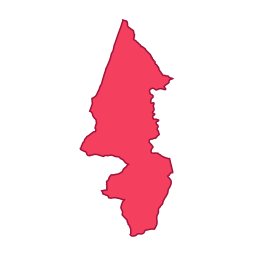 Itaúba, Mato Grosso, Brazil (Natural Earth projection), rotated 84°
{"feature_id": "56859067B4812959206421", "entity_name": "Itaúba", "entity_type": "district", "adm_level": 2, "iso_a3": "BRA", "parent_name": "Brazil", "parent_adm1": "Mato Grosso", "projection": "natural_earth1", "projection_center": [-55.553, -11.126], "detail": "fine", "context": "isolated", "style": "filled", "palette": "rose", "viewbox_px": 256, "rotation_deg": 84, "n_neighbors": 0, "source": "geoboundaries", "source_scale": "gbopen_adm2", "svg_char_len": 5872}
<svg xmlns="http://www.w3.org/2000/svg" viewBox="0 0 256 256"><g transform="rotate(84 128 128)"><path d="M234.3,137.0L234.6,136.7L235.3,136.3L235.8,135.4L236.0,134.4L235.9,132.6L235.8,131.8L235.5,131.2L234.5,129.8L234.3,129.1L234.3,128.3L234.7,126.7L234.8,126.0L234.7,125.0L234.2,123.6L233.7,123.0L231.8,121.8L231.5,121.3L231.4,119.9L231.2,118.2L230.9,115.1L231.0,114.1L231.4,112.5L231.1,112.1L229.1,110.7L227.8,109.9L226.7,109.4L225.8,109.1L223.7,108.9L220.6,108.9L219.5,108.7L218.8,108.5L217.8,108.1L215.9,106.9L215.4,106.6L212.1,106.2L211.2,106.0L210.4,104.9L209.9,104.4L208.7,103.5L207.6,102.1L206.8,101.5L204.2,100.5L201.9,99.0L199.9,97.3L197.0,95.4L195.1,94.8L194.3,94.7L193.7,94.5L192.8,94.0L191.2,92.7L188.7,91.3L186.8,90.7L185.3,90.7L184.4,90.9L182.2,92.2L180.7,93.4L180.1,93.5L179.7,93.2L179.3,92.1L178.9,91.7L178.0,91.1L177.4,90.4L177.1,89.5L177.0,88.8L177.1,88.3L175.9,88.1L174.3,88.4L169.2,89.0L168.4,89.2L164.6,89.6L162.7,89.9L162.7,91.1L162.2,92.0L161.7,93.3L161.4,94.1L160.0,96.5L159.2,97.7L158.3,98.5L157.6,99.6L157.2,100.1L156.6,100.5L156.2,100.9L156.1,101.4L155.7,104.1L155.7,105.3L155.5,106.8L154.6,107.4L153.9,107.5L153.4,107.5L152.0,107.1L151.3,106.7L150.0,105.3L149.5,105.2L148.8,105.3L147.8,106.1L147.0,106.4L145.8,107.5L144.7,108.2L144.0,108.4L143.1,108.3L142.4,108.2L141.9,107.8L141.6,107.2L141.5,106.5L141.5,105.7L141.5,104.9L140.9,103.0L141.0,102.1L140.9,101.5L140.6,101.0L140.1,100.5L139.0,99.6L137.9,97.8L137.5,97.6L136.4,97.8L135.8,98.0L135.0,98.2L134.3,98.1L133.7,98.5L133.2,98.9L132.7,99.1L131.9,99.1L131.2,98.9L130.3,98.1L129.8,97.9L128.5,98.0L127.8,98.6L127.5,99.2L127.1,99.4L125.7,99.5L124.8,99.0L124.4,98.3L124.4,97.6L124.1,97.0L123.4,96.7L123.0,97.1L122.8,97.8L122.2,99.1L122.0,100.7L121.8,101.5L121.2,102.1L118.7,102.2L118.3,102.0L118.0,101.3L117.8,100.5L117.2,100.0L116.8,100.1L115.4,102.0L114.8,102.1L113.7,100.8L113.2,100.4L112.8,100.3L111.5,100.1L109.0,100.6L108.4,100.5L107.0,99.7L106.0,99.6L105.5,99.9L105.5,100.6L105.9,101.6L105.7,102.3L105.2,102.7L104.4,102.8L103.3,102.3L102.0,102.1L101.3,101.8L100.9,101.2L100.5,100.4L99.9,99.9L99.3,99.7L98.8,99.7L98.3,99.9L97.8,100.3L96.6,102.0L96.2,102.3L94.2,102.7L92.9,102.7L92.3,102.3L91.8,101.6L91.0,99.9L91.0,99.3L91.4,98.2L92.8,96.5L93.1,96.0L93.1,95.4L92.3,93.2L92.2,92.1L92.3,91.2L92.9,89.4L93.2,88.5L93.8,87.3L93.6,86.7L93.0,86.4L92.3,86.8L91.2,87.6L90.7,87.7L90.2,87.4L89.3,86.3L87.6,83.2L87.2,82.7L86.7,82.4L85.5,82.3L85.0,82.0L84.5,81.4L84.2,80.8L83.6,78.4L83.2,78.9L83.1,79.4L82.7,80.1L82.6,80.9L82.3,81.4L81.5,82.0L80.8,82.4L80.4,83.2L80.4,83.8L80.2,84.7L79.5,85.9L79.5,86.9L79.2,87.6L78.9,88.0L78.1,88.3L76.6,89.3L75.7,89.6L75.0,90.2L72.9,91.1L72.3,91.1L71.7,91.1L71.1,91.4L70.4,91.6L70.2,92.1L69.8,92.4L69.1,92.4L68.1,93.0L67.7,93.4L67.4,94.0L66.5,94.4L65.6,94.2L64.9,94.3L63.4,95.5L62.8,95.7L62.4,96.3L61.7,96.5L60.9,96.6L60.3,96.8L60.1,97.4L59.5,97.3L57.5,98.0L53.3,101.4L52.8,101.7L52.2,102.2L51.6,102.5L50.9,102.7L50.6,103.2L49.9,103.8L49.3,104.5L48.8,105.1L48.3,105.7L48.4,106.5L47.8,106.9L47.2,106.8L46.7,107.1L44.9,108.9L43.9,109.4L43.6,110.1L43.2,110.3L42.2,111.0L41.6,111.7L41.0,112.8L40.4,112.8L39.9,113.0L39.3,112.9L38.3,112.2L36.7,112.1L36.0,111.7L34.8,112.3L32.6,112.3L32.0,112.4L31.4,112.8L30.6,113.7L30.3,114.3L29.1,115.4L27.9,116.8L27.6,117.1L26.9,117.5L25.9,117.8L24.7,117.6L23.8,117.6L22.3,117.8L21.8,118.1L21.4,118.4L21.2,119.0L21.1,119.6L20.9,120.3L20.2,121.3L20.0,121.9L20.7,121.9L26.6,124.5L34.1,128.2L42.5,132.1L44.3,133.1L45.5,133.4L49.7,134.8L52.6,136.8L56.1,138.0L59.2,139.4L61.5,140.7L62.1,140.9L62.5,141.3L65.2,142.7L65.9,143.3L66.8,143.8L68.6,144.4L71.9,145.9L77.7,148.3L80.4,149.3L81.4,149.8L82.3,150.3L82.8,150.8L84.5,151.8L85.1,152.0L87.4,153.1L88.1,153.7L91.7,155.8L93.0,156.9L93.3,157.4L94.2,159.1L94.9,160.8L100.2,160.9L107.3,164.3L107.5,163.8L108.0,163.0L108.6,162.6L110.3,161.8L111.6,161.8L112.1,161.7L114.3,160.6L116.3,159.0L116.8,158.9L117.5,158.8L118.6,159.0L119.8,158.8L120.4,158.9L121.7,159.8L122.3,160.0L123.0,160.0L123.8,160.6L124.7,160.8L125.8,160.1L126.5,160.2L128.0,160.7L128.2,161.3L128.2,162.4L128.5,163.2L131.6,168.2L132.1,169.5L132.6,170.1L133.6,170.9L134.3,171.7L134.9,172.2L136.9,173.1L137.9,174.3L138.5,174.8L139.8,175.2L140.9,176.1L141.5,176.3L142.4,176.5L142.8,176.8L143.2,177.5L143.6,177.6L144.6,177.1L146.4,174.3L147.2,172.8L147.5,172.3L148.7,171.8L149.3,171.8L150.1,171.5L150.7,171.1L151.1,170.7L151.6,168.9L151.3,168.3L151.0,165.6L150.7,164.1L151.0,162.0L151.5,160.4L152.1,159.4L152.8,157.4L153.4,156.3L153.7,155.6L153.6,155.0L153.3,154.6L153.0,153.9L152.9,153.2L153.4,151.3L153.3,148.7L153.1,147.9L153.4,146.9L154.0,145.3L155.0,143.8L155.1,143.3L155.6,140.7L155.9,140.1L156.3,139.6L157.6,138.5L158.3,137.6L158.7,136.8L159.3,136.1L159.8,135.7L160.8,135.2L162.4,134.0L162.9,133.4L164.2,131.4L164.6,132.4L165.9,133.3L166.3,133.7L167.3,135.4L167.8,135.8L168.3,136.7L168.9,137.1L170.8,138.1L171.1,138.7L171.3,139.3L172.0,140.3L172.2,140.9L172.2,141.5L173.0,143.3L172.8,144.3L172.8,145.4L173.0,146.1L173.1,146.8L173.1,147.8L173.0,148.3L172.9,149.3L173.0,149.8L173.8,150.6L174.6,151.4L175.8,152.2L176.8,152.5L177.3,152.8L178.3,153.7L178.7,154.3L178.8,154.8L179.4,155.0L180.6,154.8L181.1,154.9L181.7,155.2L182.3,155.2L183.7,154.8L184.6,155.4L186.6,155.3L187.4,155.5L187.4,157.0L187.7,160.7L188.6,160.2L189.3,160.0L190.7,159.9L191.1,159.5L191.5,158.7L192.4,156.9L192.6,156.2L193.2,155.2L194.3,154.7L195.3,154.5L195.8,152.9L196.0,152.3L196.0,151.6L195.8,150.7L196.0,147.3L196.5,146.4L197.0,144.4L198.7,140.6L198.9,139.1L199.6,139.6L200.3,140.5L200.9,141.0L203.5,142.4L204.1,142.5L205.3,143.1L206.0,143.3L207.2,143.3L210.1,142.3L210.7,142.2L211.5,142.2L213.7,142.9L217.0,140.5L219.6,138.4L220.6,138.6L221.2,138.5L222.4,137.9L223.3,138.0L224.0,137.8L225.0,136.9L225.9,136.7L228.1,136.0L230.5,135.9L231.4,136.1L232.7,136.2L233.1,136.2L233.7,136.6L234.3,137.0Z" fill="#f43f5e" stroke="#9f1239" stroke-width="1.5"/></g></svg>